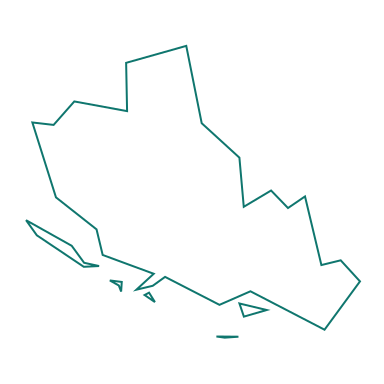 map outline of Villa Clara (Mercator projection), rotated 179°
{"feature_id": "CUB-1431", "entity_name": "Villa Clara", "entity_type": "Province", "adm_level": 1, "iso_a3": "CUB", "parent_name": "Cuba", "parent_adm1": "", "projection": "mercator", "projection_center": [-80.068, 22.547], "detail": "coarse", "context": "isolated", "style": "outline", "palette": "teal", "viewbox_px": 384, "rotation_deg": 179, "n_neighbors": 0, "source": "natural_earth", "source_scale": "10m", "svg_char_len": 743}
<svg xmlns="http://www.w3.org/2000/svg" viewBox="0 0 384 384"><g transform="rotate(179 192 192)"><path d="M61.9,52.0L135.3,91.7L166.5,78.7L220.4,107.6L232.9,98.9L249.3,95.3L231.7,110.9L282.4,130.6L288.1,156.3L328.1,189.0L350.4,264.3L329.2,261.5L308.1,284.6L255.5,274.0L255.6,322.3L195.2,338.2L181.1,260.6L144.0,225.5L140.5,176.3L112.9,192.1L96.3,174.3L79.1,185.6L63.9,116.7L44.5,121.1L25.6,99.7L61.9,52.0ZM358.4,166.7L313.2,140.3L301.1,123.1L286.2,119.6L301.5,119.1L347.9,151.4L358.4,166.7ZM119.4,72.7L142.3,66.5L146.5,79.7L119.4,72.7ZM148.1,46.5L161.8,45.8L170.1,47.1L148.1,46.5ZM275.7,105.0L263.8,103.3L264.6,93.7L266.8,99.8L275.7,105.0ZM231.0,82.6L241.2,89.8L236.7,92.1L231.0,82.6Z" fill="none" stroke="#0f766e" stroke-width="2"/></g></svg>